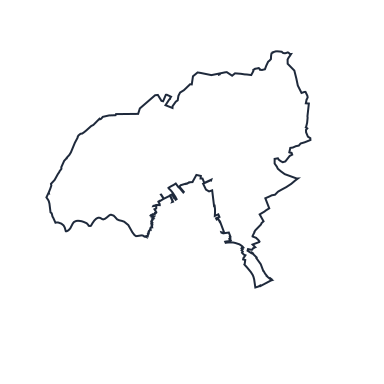 outline of Siguldas pag., Siguldas, Latvia, rotated 251°
{"feature_id": "27541924B22420925949574", "entity_name": "Siguldas pag.", "entity_type": "district", "adm_level": 2, "iso_a3": "LVA", "parent_name": "Latvia", "parent_adm1": "Siguldas", "projection": "mercator", "projection_center": [24.897, 57.148], "detail": "fine", "context": "isolated", "style": "outline", "palette": "slate", "viewbox_px": 384, "rotation_deg": 251, "n_neighbors": 0, "source": "geoboundaries", "source_scale": "gbopen_adm2", "svg_char_len": 6024}
<svg xmlns="http://www.w3.org/2000/svg" viewBox="0 0 384 384"><g transform="rotate(251 192 192)"><path d="M82.6,239.0L83.3,238.4L83.6,238.8L85.1,237.8L84.8,237.3L86.7,236.1L88.2,235.3L88.3,235.5L91.1,234.5L93.9,234.0L94.1,233.7L101.3,233.5L108.7,231.3L109.1,231.8L113.8,229.4L114.1,229.7L115.4,228.8L114.9,228.2L118.4,225.4L119.8,226.4L118.2,229.0L118.0,229.6L117.9,230.2L118.9,231.3L119.0,232.8L119.2,233.3L119.2,233.8L122.6,232.2L122.8,239.3L123.2,239.7L125.3,239.0L127.4,237.8L127.7,237.8L130.2,234.8L130.5,234.8L133.8,238.1L134.1,238.1L135.2,239.5L138.8,246.6L139.9,247.6L141.0,250.1L148.8,248.7L149.9,254.1L150.6,256.1L151.4,259.7L162.2,259.3L162.6,264.2L162.9,266.3L162.4,269.6L164.1,273.0L164.4,273.8L165.2,278.2L165.9,282.6L167.4,288.5L169.3,293.4L170.3,296.5L170.6,295.5L178.7,285.5L182.7,282.7L186.1,280.7L188.2,280.5L192.0,279.4L196.4,280.9L195.9,284.2L194.4,284.5L192.3,285.9L190.6,287.5L190.5,290.2L194.3,296.1L194.7,298.9L196.6,298.9L196.8,298.7L197.2,297.6L197.8,296.9L201.7,299.3L201.2,301.8L201.5,305.1L201.1,308.1L202.5,310.5L202.3,314.7L202.6,320.9L204.4,321.4L206.6,319.6L211.3,319.3L213.6,320.0L214.6,321.7L216.1,320.7L216.4,321.1L220.0,323.4L224.6,325.5L226.0,325.8L237.6,331.3L238.8,328.5L242.2,330.5L242.6,331.1L243.9,332.2L245.5,332.4L249.7,331.9L250.0,330.9L250.0,327.8L258.2,326.7L265.3,327.6L273.5,328.3L282.1,324.2L286.1,325.5L287.7,327.2L288.7,328.7L290.2,330.6L290.5,329.5L291.8,328.9L292.8,328.1L292.8,325.6L293.2,324.3L294.0,323.2L295.4,322.5L296.9,319.3L297.7,317.1L297.8,313.9L297.5,313.9L297.2,312.3L295.0,311.1L292.0,309.9L291.0,308.1L290.4,306.4L287.2,303.3L284.3,300.9L284.6,297.9L285.4,296.1L286.3,296.1L286.5,295.8L287.3,295.6L287.6,295.0L287.5,294.4L288.0,291.8L287.9,291.2L287.7,291.1L287.5,289.7L286.3,289.3L283.3,286.1L285.2,282.2L286.1,280.0L287.8,276.8L290.2,271.3L288.9,267.8L294.0,263.9L294.4,262.1L295.0,257.2L294.2,256.6L294.2,256.0L295.1,256.6L296.2,248.4L301.9,238.7L303.2,236.2L301.1,230.6L293.8,226.8L294.5,225.3L290.9,217.5L289.9,213.1L287.4,210.5L283.3,208.3L282.7,206.1L279.5,201.6L277.8,200.9L282.7,195.2L286.9,200.6L287.0,201.3L287.3,201.7L287.8,201.8L288.9,203.2L292.2,199.8L292.4,198.9L287.2,194.2L288.1,192.8L294.9,191.3L295.5,188.6L288.0,169.9L283.4,166.5L290.4,145.5L289.5,144.7L291.4,138.5L292.1,132.1L290.8,129.9L290.7,128.7L291.4,128.4L287.5,120.5L287.2,118.2L284.5,111.8L283.6,109.3L283.0,107.2L283.3,105.9L283.3,105.4L282.4,103.0L281.4,101.9L280.7,101.6L276.7,97.3L268.9,90.4L267.0,88.1L265.1,84.6L264.6,84.5L264.6,84.1L263.1,81.3L258.0,76.5L256.5,76.1L256.3,75.9L254.7,73.5L253.9,72.8L252.7,71.1L248.1,66.0L245.6,61.3L243.9,61.1L241.3,59.1L238.2,56.4L237.5,56.3L237.8,56.0L234.3,52.6L231.4,53.4L229.9,53.6L227.3,53.4L218.8,51.6L217.5,52.4L214.1,52.1L212.8,52.4L207.4,52.9L207.3,54.0L206.7,55.6L204.6,58.2L202.2,59.7L199.8,60.1L196.0,59.9L195.7,60.7L195.8,61.8L196.2,63.1L197.2,65.0L201.0,69.0L202.0,70.5L202.2,71.6L202.3,73.1L202.0,74.5L201.5,75.8L200.3,78.1L199.0,79.8L196.8,82.2L194.9,83.1L193.7,83.3L193.0,84.6L193.0,85.5L194.9,87.7L196.8,90.3L197.9,92.6L198.2,94.2L198.1,95.4L197.5,96.6L196.8,97.3L195.9,98.0L195.0,99.1L195.0,101.0L195.6,103.0L196.8,106.1L197.0,107.1L196.9,108.0L195.2,110.2L193.6,111.0L190.5,112.3L189.0,113.9L187.5,116.3L186.0,118.2L181.5,121.0L173.3,122.5L170.0,123.6L168.5,124.7L168.2,125.8L167.5,129.8L167.2,130.7L166.4,131.8L165.5,132.3L165.1,132.8L165.2,133.0L164.8,133.5L165.0,133.9L164.3,134.4L165.2,134.6L165.1,135.1L165.2,135.4L164.8,135.8L165.3,136.0L165.8,136.6L166.3,136.7L166.5,137.1L167.0,136.8L167.5,137.4L168.2,137.7L168.3,137.8L168.1,138.1L168.9,138.3L169.1,138.5L169.0,138.9L169.4,139.3L169.9,140.2L170.2,140.0L170.4,140.2L170.0,140.6L171.4,140.9L171.7,141.2L171.7,141.7L171.6,142.1L171.8,142.2L171.9,142.5L171.7,142.9L172.3,143.0L172.5,142.4L173.2,142.8L173.5,143.4L173.8,143.3L174.1,143.7L174.4,143.4L175.8,144.6L176.0,144.5L176.0,144.3L175.7,144.2L175.8,143.7L176.1,144.0L177.0,143.7L177.5,143.9L177.5,144.4L177.9,144.5L178.1,144.7L177.8,144.9L177.9,145.1L178.3,145.5L178.8,145.4L179.1,145.8L179.1,146.2L179.2,146.6L179.6,146.1L179.9,147.0L180.5,147.0L180.9,146.6L180.8,147.3L181.0,147.9L183.3,145.3L183.5,145.6L183.4,145.8L183.4,146.3L183.8,147.5L183.6,147.7L183.4,147.7L183.3,148.2L183.4,148.6L183.0,149.1L183.6,149.2L183.7,149.8L184.3,150.1L184.3,150.3L184.0,150.4L184.1,150.5L183.8,150.8L184.2,151.6L184.5,151.7L187.9,150.9L188.1,152.8L191.1,154.0L191.0,152.4L191.3,150.8L191.5,151.0L191.3,152.3L191.4,153.4L191.3,154.2L190.1,157.2L191.2,157.5L193.2,157.1L193.5,157.3L193.9,157.2L194.2,158.7L193.9,158.9L194.8,163.0L199.6,161.8L199.6,162.0L194.8,163.2L195.7,170.0L189.9,170.6L189.5,170.5L189.0,170.0L189.0,170.9L196.0,170.3L196.3,172.5L194.4,172.7L192.0,173.1L191.9,173.6L190.0,174.0L190.3,175.1L192.2,174.6L192.3,174.8L192.8,174.7L197.6,173.5L200.6,172.4L203.1,171.1L203.6,171.1L204.2,173.8L204.7,177.1L205.3,179.4L201.1,180.7L200.9,180.8L201.0,181.1L194.4,183.6L194.8,184.3L201.3,181.8L201.8,183.0L202.1,183.5L201.9,188.9L201.6,188.9L201.5,190.4L201.8,190.7L201.8,192.7L201.8,192.9L202.0,192.9L201.2,195.7L202.1,196.6L206.7,201.7L204.3,205.6L202.0,204.5L201.3,206.3L196.6,206.6L197.4,214.3L196.7,213.8L197.0,213.5L196.2,205.2L189.7,206.0L187.0,208.3L187.0,211.6L171.6,208.3L171.6,208.9L168.4,208.2L165.4,207.2L162.0,205.8L162.3,209.6L159.5,209.8L159.3,206.2L157.9,206.4L158.1,208.1L154.7,208.5L154.8,208.9L143.0,209.2L143.3,208.2L144.4,206.6L144.0,206.6L142.8,208.0L142.7,208.3L141.7,213.6L137.2,213.8L137.2,213.1L135.6,213.1L135.5,212.0L134.3,212.1L134.3,212.8L133.7,212.9L133.7,212.2L133.3,212.2L133.3,211.8L134.1,208.1L134.2,207.2L133.0,207.3L132.7,209.0L132.0,211.3L130.8,214.6L129.6,216.5L127.1,219.8L126.1,220.6L124.2,221.9L122.6,222.5L122.3,221.4L123.1,221.0L122.6,220.4L121.2,221.1L120.7,219.9L119.1,220.6L118.3,219.5L115.8,220.7L114.8,221.9L113.5,220.2L112.9,219.2L111.6,218.4L110.4,220.2L107.0,218.5L106.4,217.9L102.7,219.5L97.1,221.6L93.7,222.4L91.7,222.5L89.0,222.3L81.1,220.8L81.0,223.9L81.4,226.0L80.8,226.0L82.6,237.6L82.6,239.0Z" fill="none" stroke="#1e293b" stroke-width="2"/></g></svg>